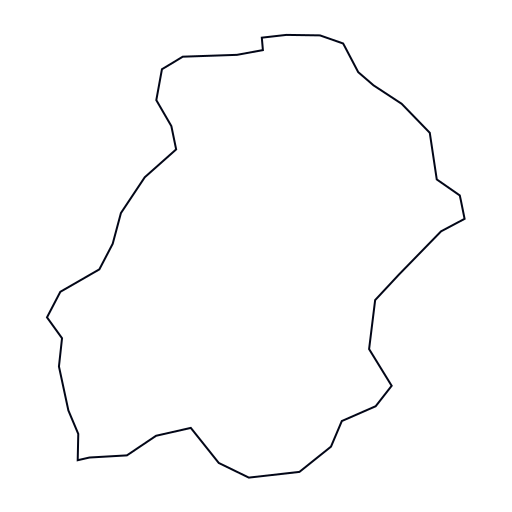 outline of Fagersta, Västmanland, Sweden, rotated 271°
{"feature_id": "70781695B50955826038578", "entity_name": "Fagersta", "entity_type": "district", "adm_level": 2, "iso_a3": "SWE", "parent_name": "Sweden", "parent_adm1": "Västmanland", "projection": "albers", "projection_center": [15.915, 59.966], "detail": "fine", "context": "isolated", "style": "outline", "palette": "ink", "viewbox_px": 512, "rotation_deg": 271, "n_neighbors": 0, "source": "geoboundaries", "source_scale": "gbopen_adm2", "svg_char_len": 708}
<svg xmlns="http://www.w3.org/2000/svg" viewBox="0 0 512 512"><g transform="rotate(271 256 256)"><path d="M34.3,252.7L40.9,303.2L66.7,334.3L92.5,344.7L107.9,378.3L128.6,393.9L164.9,370.7L214.0,375.9L239.9,399.2L283.9,440.6L296.8,463.9L315.0,459.9L320.1,458.7L335.7,435.4L382.2,427.6L410.7,399.0L428.7,370.5L441.6,355.0L466.8,341.2L470.0,339.4L477.7,316.1L477.6,282.5L474.4,258.0L462.0,259.3L456.8,233.5L454.0,179.3L441.1,158.7L410.1,153.6L384.4,169.1L361.2,174.3L332.8,143.4L296.6,120.2L265.7,112.5L239.9,99.6L216.8,61.0L191.0,48.1L170.4,63.5L142.1,60.9L98.3,71.1L75.0,81.4L48.7,81.3L51.6,93.0L54.4,130.4L74.5,159.2L83.0,193.8L48.4,222.4L34.3,252.7Z" fill="none" stroke="#020617" stroke-width="2"/></g></svg>